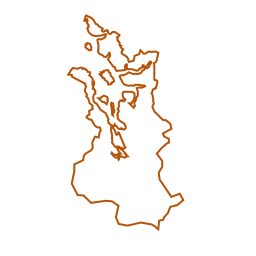 the district of Kvænangen nor, Troms, Norway, rotated 18°
{"feature_id": "86288312B24070411232655", "entity_name": "Kvænangen nor", "entity_type": "district", "adm_level": 2, "iso_a3": "NOR", "parent_name": "Norway", "parent_adm1": "Troms", "projection": "albers", "projection_center": [21.813, 69.853], "detail": "fine", "context": "isolated", "style": "outline", "palette": "amber", "viewbox_px": 256, "rotation_deg": 18, "n_neighbors": 0, "source": "geoboundaries", "source_scale": "gbopen_adm2", "svg_char_len": 5670}
<svg xmlns="http://www.w3.org/2000/svg" viewBox="0 0 256 256"><g transform="rotate(18 128 128)"><path d="M53.4,33.9L53.1,35.3L53.3,35.4L53.2,38.1L53.4,39.5L54.2,39.4L54.5,39.1L54.5,38.3L55.6,37.2L56.6,39.3L56.3,40.3L56.6,40.9L59.0,42.5L58.7,43.9L59.3,44.4L58.6,45.0L58.5,45.8L60.7,48.7L62.5,49.8L65.1,50.8L69.0,50.6L74.0,48.3L77.6,45.7L78.1,46.0L77.8,46.2L77.9,47.2L78.5,48.3L75.4,51.9L72.5,52.6L71.7,53.3L71.7,53.8L74.3,58.3L75.7,62.9L75.6,63.7L76.0,64.1L76.2,65.2L78.2,66.4L81.5,66.7L82.9,67.6L85.0,67.3L86.5,64.6L86.8,62.2L87.3,62.3L88.8,64.9L87.8,67.7L87.9,69.0L95.2,74.3L96.4,74.0L98.1,76.2L99.6,77.2L107.4,73.8L107.8,73.1L106.6,71.8L106.1,70.5L106.2,68.7L107.0,67.8L107.7,68.5L107.6,70.4L109.6,72.0L114.0,70.8L118.6,70.9L119.8,70.0L120.6,67.9L122.1,67.0L122.7,64.7L122.5,64.3L122.6,63.7L123.4,63.5L124.0,65.3L126.3,63.7L127.3,61.7L127.6,59.5L128.6,57.9L129.1,57.8L129.5,58.2L129.0,58.7L129.6,58.7L129.8,59.7L129.1,61.2L129.1,62.9L128.5,64.5L125.8,66.2L125.3,67.7L123.6,69.5L123.7,71.1L122.5,72.5L121.1,72.9L120.4,73.9L118.5,74.0L116.6,75.0L111.5,74.8L110.2,76.7L107.6,79.1L106.6,79.1L104.3,80.7L104.0,81.5L109.3,86.8L111.6,87.9L115.8,87.6L118.3,86.3L120.4,86.2L121.3,84.8L126.4,83.2L128.5,83.3L130.0,82.5L130.5,82.7L131.3,83.1L128.6,85.5L126.4,85.8L124.0,87.3L126.2,90.6L127.2,93.6L127.2,94.6L126.5,96.8L126.7,97.1L126.8,99.8L126.2,101.4L126.6,103.0L127.8,105.0L127.0,105.7L126.9,106.4L127.0,106.9L121.5,104.2L123.9,103.3L123.8,102.0L124.5,100.5L124.7,99.1L124.5,95.7L123.4,93.1L120.7,92.3L112.7,94.9L112.1,96.2L112.9,98.8L114.2,100.5L116.8,101.9L116.7,102.6L115.9,103.8L114.1,103.0L113.9,103.2L114.0,104.2L112.3,104.2L112.3,104.7L111.6,105.6L111.5,106.5L111.8,108.1L112.7,110.0L112.5,111.8L113.0,112.7L112.4,113.3L114.0,114.7L114.0,115.9L113.5,116.6L114.1,118.3L113.7,119.0L114.8,120.2L115.3,122.2L118.2,123.8L123.2,125.0L125.6,127.8L125.9,129.0L124.7,130.8L121.6,130.3L121.6,130.8L121.9,131.1L119.2,131.6L114.3,128.7L114.5,130.1L113.7,131.0L113.7,132.1L113.9,132.6L116.7,135.0L118.9,137.9L119.9,137.7L120.3,136.9L120.0,135.5L120.8,135.2L130.3,146.4L131.6,147.3L130.1,149.3L127.8,148.8L126.2,149.8L129.5,150.7L135.7,154.5L135.0,154.5L135.5,154.8L135.3,155.3L135.5,155.4L135.2,155.7L135.3,156.1L133.8,157.3L131.0,157.0L129.1,158.0L128.7,158.5L129.1,160.7L128.9,161.1L127.6,159.3L125.0,160.1L120.1,157.4L120.2,156.4L122.8,157.7L128.0,157.1L128.6,156.6L126.4,155.9L127.5,154.5L128.6,154.4L125.5,152.4L125.0,151.8L124.9,150.4L124.2,150.5L124.7,149.1L126.4,148.7L124.4,148.6L121.6,149.9L117.2,146.7L117.1,144.9L116.4,144.0L115.1,139.7L112.2,135.0L112.3,134.5L112.1,133.0L111.7,132.4L112.9,131.5L113.1,130.5L109.7,130.3L108.9,129.3L108.0,129.3L106.6,126.8L106.8,125.9L102.5,120.9L96.2,119.1L90.5,114.4L88.5,114.2L86.5,112.4L85.3,109.0L85.4,106.4L86.4,105.4L85.4,103.8L85.7,103.0L83.2,101.1L82.4,101.5L82.2,100.6L82.4,100.2L81.2,98.3L80.6,97.1L80.4,96.5L82.1,97.8L82.3,97.6L81.8,96.2L82.0,95.4L77.9,91.1L74.9,89.9L75.2,88.7L74.5,86.7L72.3,87.0L71.3,85.7L69.3,85.5L69.0,84.9L67.2,85.0L66.7,85.9L65.5,85.0L64.5,85.1L61.5,87.3L57.2,87.9L56.6,88.5L56.3,90.1L55.6,90.9L55.7,91.9L54.7,95.7L58.1,94.8L58.7,96.5L73.7,99.1L74.2,100.6L75.3,101.3L75.2,105.3L76.3,107.1L78.8,108.9L78.4,110.7L81.2,112.4L83.8,116.2L87.1,117.5L87.6,118.5L87.5,119.2L88.6,120.6L85.7,124.0L87.3,127.1L85.3,129.2L85.3,130.8L88.8,131.8L90.7,131.4L95.4,135.8L98.2,136.9L101.2,136.2L102.8,138.6L102.4,141.3L103.1,146.1L99.1,146.5L98.6,153.4L100.5,157.1L100.1,160.3L95.6,165.5L94.7,167.8L95.2,172.5L88.2,179.2L90.3,185.8L91.7,198.3L100.9,207.4L106.5,205.9L116.0,210.6L129.3,204.1L135.4,202.7L143.0,204.9L144.1,216.6L148.7,222.1L157.7,221.0L169.3,214.0L180.2,212.4L183.9,213.2L188.1,215.0L186.3,206.5L189.9,204.4L189.9,201.8L192.2,196.7L192.6,189.9L198.7,186.1L202.9,179.4L197.5,174.5L190.5,180.1L174.0,167.2L171.0,160.9L172.5,154.3L170.8,148.8L163.3,143.5L166.4,136.2L170.3,129.9L171.5,129.3L170.1,125.6L165.3,125.0L162.8,122.5L169.6,115.3L166.9,110.9L161.8,108.9L158.6,109.5L148.1,104.2L144.6,100.3L145.0,96.5L143.7,95.0L143.0,92.6L140.9,88.8L139.6,87.6L139.9,86.4L139.7,83.7L142.1,81.6L141.7,81.1L142.2,80.6L141.8,75.5L141.0,73.9L138.1,74.0L133.6,60.1L132.4,58.4L134.0,56.9L134.4,55.1L133.6,47.1L130.3,46.8L127.2,48.3L123.8,49.0L122.1,51.4L120.2,52.5L115.8,50.2L115.8,54.3L112.0,57.4L112.6,62.2L108.5,64.9L107.4,63.7L107.1,62.5L105.0,60.6L99.2,59.2L98.4,57.6L99.2,54.7L97.4,54.3L95.6,52.7L96.1,51.9L94.3,51.7L93.7,49.6L91.9,48.1L91.1,48.2L90.5,46.9L90.6,46.2L89.5,45.1L90.9,43.6L91.2,42.3L86.1,40.8L83.6,41.5L82.4,43.9L80.6,44.1L79.4,43.5L78.9,42.0L78.3,41.5L77.9,42.2L76.9,42.0L74.9,44.0L74.0,44.0L73.0,43.3L72.9,42.6L73.3,42.0L73.3,41.3L68.7,40.2L67.1,39.0L64.9,38.9L62.4,36.3L59.2,34.6L53.4,33.9ZM98.6,85.4L95.5,83.7L94.2,81.2L92.5,80.8L91.7,79.4L91.0,79.1L87.3,81.1L87.0,81.5L87.5,82.3L85.0,83.4L86.5,84.4L86.1,85.1L86.3,85.6L86.1,86.0L85.3,85.4L84.5,85.6L84.8,86.0L84.1,85.8L88.4,87.6L88.4,88.1L89.8,88.0L90.1,88.6L90.8,88.8L90.9,89.4L94.4,90.4L95.5,91.8L95.8,91.6L95.4,92.2L96.2,92.8L98.0,91.8L98.2,91.4L98.0,90.9L98.6,90.6L98.4,90.3L98.7,89.4L100.0,88.6L100.3,87.5L98.6,85.4ZM98.6,104.9L95.0,104.7L93.1,107.0L92.8,108.0L90.6,108.9L96.0,111.2L97.1,110.6L100.3,112.0L100.2,110.4L100.5,109.6L100.3,108.3L99.7,108.0L99.9,106.6L98.6,104.9ZM68.8,65.2L68.3,63.6L68.4,62.9L66.1,59.9L63.3,59.7L62.4,60.5L62.8,60.7L63.0,61.7L62.0,62.2L62.4,62.9L62.3,63.2L62.6,64.5L67.1,66.1L68.8,65.2ZM106.3,109.4L104.5,109.1L104.3,110.1L105.1,112.2L106.2,113.0L106.0,113.7L107.3,116.4L107.8,116.7L107.8,117.7L108.9,120.2L109.7,120.6L109.2,119.7L109.4,119.5L109.4,118.2L109.9,117.3L109.8,116.3L109.3,115.0L107.6,113.6L107.6,113.0L107.9,113.0L107.7,112.2L106.3,109.4Z" fill="none" stroke="#b45309" stroke-width="2"/></g></svg>